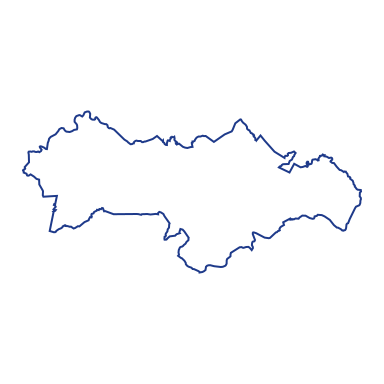 Jalpan, Puebla, Mexico (Albers equal-area conic projection)
{"feature_id": "50627088B95329536813839", "entity_name": "Jalpan", "entity_type": "district", "adm_level": 2, "iso_a3": "MEX", "parent_name": "Mexico", "parent_adm1": "Puebla", "projection": "albers", "projection_center": [-97.872, 20.452], "detail": "fine", "context": "isolated", "style": "outline", "palette": "blue", "viewbox_px": 384, "rotation_deg": 0, "n_neighbors": 0, "source": "geoboundaries", "source_scale": "gbopen_adm2", "svg_char_len": 5994}
<svg xmlns="http://www.w3.org/2000/svg" viewBox="0 0 384 384"><path d="M23.7,172.6L26.5,173.7L27.1,175.4L28.0,175.7L28.9,175.5L30.6,174.4L34.0,176.6L36.5,178.9L39.1,179.6L39.3,184.5L42.8,190.6L43.0,191.4L42.8,195.3L43.4,196.7L56.9,195.9L55.2,204.1L54.3,204.0L53.9,205.0L55.0,205.5L55.7,206.8L54.2,208.5L54.3,208.8L53.5,209.4L54.3,210.3L55.6,210.2L55.3,210.7L53.3,211.6L53.6,211.9L49.7,231.0L53.7,232.2L55.0,232.2L56.0,231.6L56.3,230.9L58.7,229.2L61.0,228.3L62.4,227.3L62.7,226.4L65.0,225.2L65.4,225.3L65.5,226.0L67.6,226.1L69.9,226.8L70.9,226.6L73.6,228.5L75.1,228.0L77.9,226.2L79.4,226.4L84.5,222.1L88.6,220.3L89.2,218.6L90.1,217.1L91.5,217.4L91.8,216.6L91.3,215.1L91.7,213.9L93.5,213.4L94.2,211.9L96.7,210.7L97.0,209.8L98.8,210.1L99.4,209.0L101.0,209.2L102.0,208.0L102.9,208.2L104.1,211.3L105.2,211.1L113.6,214.2L136.7,214.0L138.3,214.1L141.2,214.8L141.9,214.2L145.0,214.1L147.2,214.0L150.5,214.5L155.8,213.9L158.1,214.3L158.0,213.2L159.3,211.9L160.9,212.4L163.4,214.0L164.5,216.2L169.6,223.4L169.2,224.3L169.0,227.6L167.7,229.4L167.4,231.4L165.9,233.5L165.6,234.4L165.9,235.7L165.4,236.5L164.6,236.7L164.4,238.8L164.6,239.7L166.1,239.7L166.8,239.3L167.0,238.8L169.7,236.4L175.1,235.7L176.6,234.2L179.8,233.2L179.4,232.7L179.6,231.4L180.4,229.0L182.6,229.6L184.3,231.4L188.7,237.8L188.4,238.8L188.5,239.9L188.3,240.3L186.5,241.9L185.5,243.7L183.8,245.0L183.2,245.8L182.3,246.5L180.8,246.9L179.9,247.5L178.8,250.0L178.5,252.5L179.0,254.7L178.1,255.8L180.9,257.9L181.8,258.2L184.4,260.7L185.7,262.8L185.9,264.3L187.3,265.9L188.6,266.7L191.5,267.7L192.6,269.0L194.0,269.1L198.2,271.0L199.6,271.9L199.6,272.5L202.4,272.0L204.0,271.2L205.5,270.0L206.0,266.8L207.0,265.8L208.3,265.3L210.2,265.2L214.1,266.2L220.8,267.0L222.8,266.8L225.0,265.9L225.7,265.4L226.6,263.7L226.7,260.2L227.2,258.9L230.1,256.7L230.5,256.2L230.5,254.4L230.9,252.8L239.6,247.3L241.5,247.1L243.0,247.8L243.6,247.8L246.2,247.0L248.5,246.9L249.9,248.0L251.7,250.1L252.9,248.1L252.8,246.9L251.9,245.2L252.1,243.0L252.4,242.1L252.9,241.6L254.4,241.3L255.0,240.0L252.8,234.2L252.8,232.9L253.2,232.4L254.1,232.5L256.2,233.2L264.6,237.6L268.8,238.2L270.0,237.9L275.9,232.4L276.9,232.2L277.9,231.1L279.2,230.7L279.8,230.3L279.4,229.1L280.2,227.5L281.2,226.6L284.0,225.0L283.2,222.3L290.1,218.6L290.2,218.9L289.6,219.1L289.6,219.5L290.1,219.7L291.2,219.6L291.4,219.1L292.3,219.5L292.7,219.5L293.0,219.1L294.0,219.3L295.5,218.5L298.6,218.7L299.4,217.6L302.3,215.6L305.6,215.7L309.6,218.0L312.5,218.8L313.8,218.6L314.4,217.7L314.6,216.4L316.8,215.9L317.7,214.8L321.8,215.1L324.6,216.4L329.8,219.9L333.9,225.1L336.9,227.6L337.9,227.6L340.9,229.2L342.0,230.3L342.9,230.3L343.2,230.7L345.1,230.1L345.7,229.3L346.1,228.0L346.5,224.4L347.1,223.6L348.1,223.2L349.8,218.9L355.1,208.1L356.0,206.7L359.2,205.3L359.7,204.7L360.3,203.0L360.4,200.7L360.9,199.2L360.8,197.9L359.7,196.3L359.9,192.5L361.0,191.5L360.8,190.0L357.7,189.7L356.6,189.0L355.4,187.2L354.8,186.7L354.8,185.5L353.6,184.2L353.5,183.0L352.7,180.7L350.2,178.8L350.1,178.1L350.3,177.7L349.7,176.9L348.0,176.4L347.4,173.8L345.8,172.0L345.8,171.7L344.3,171.5L343.8,172.0L341.3,170.3L339.6,169.9L336.6,166.6L334.0,163.1L332.2,162.9L330.5,161.6L330.8,160.8L332.2,159.7L332.3,159.0L332.0,158.1L331.1,157.6L329.0,158.0L326.6,156.6L324.4,156.3L324.6,155.2L323.6,155.3L323.4,154.8L322.7,154.5L321.8,155.7L320.5,155.8L320.3,156.2L319.9,156.1L319.8,156.7L318.9,157.8L318.5,158.8L318.6,160.3L317.8,160.5L317.1,159.6L316.7,159.7L315.5,159.2L312.6,159.7L312.2,160.2L311.8,162.9L311.4,163.8L309.4,164.4L308.4,163.1L308.1,161.8L307.3,161.7L306.7,162.5L306.6,163.7L307.9,165.9L307.4,166.8L306.9,166.8L305.5,166.0L305.0,166.1L302.9,166.9L300.6,167.3L294.2,163.8L289.5,172.5L278.9,167.4L279.7,166.5L281.4,165.9L281.8,165.0L283.1,164.2L288.6,164.0L289.7,161.0L292.0,159.5L292.9,157.1L294.1,156.1L294.4,154.8L295.6,153.0L294.0,151.5L291.0,152.8L288.7,153.0L287.8,153.8L288.0,155.3L287.3,155.9L285.3,155.8L284.6,157.1L284.5,157.9L274.5,151.7L264.7,140.7L260.5,135.5L256.4,140.5L256.2,140.0L255.4,140.0L255.3,138.2L254.8,137.4L253.7,136.5L254.1,135.3L253.6,134.6L253.2,134.9L251.8,133.2L250.8,133.0L249.4,130.3L248.5,130.1L247.1,128.8L246.9,126.7L245.6,124.7L243.0,122.6L241.7,120.9L241.1,119.6L240.3,119.4L235.3,123.3L232.7,129.7L231.7,131.4L224.7,134.4L213.9,141.9L205.7,136.0L203.9,136.1L202.8,135.7L200.5,136.5L198.5,136.5L196.6,137.6L195.1,139.6L194.6,140.9L193.6,141.4L192.5,141.5L192.6,142.6L191.8,142.8L191.8,143.4L192.5,146.9L190.5,147.1L187.4,148.0L185.0,147.6L182.9,146.8L179.1,143.7L176.9,144.4L176.8,143.8L176.1,143.9L175.8,143.2L177.2,142.7L177.0,142.3L174.9,140.6L174.4,139.8L174.6,138.4L174.3,136.8L173.9,137.1L172.7,137.2L171.3,136.4L171.5,136.6L170.6,137.8L171.0,138.1L169.7,140.3L169.7,140.9L168.0,140.3L167.6,140.7L166.9,143.4L166.9,145.0L165.9,144.9L164.7,144.1L164.2,142.8L163.1,142.2L163.0,140.6L162.6,141.1L157.0,136.0L152.7,139.0L145.5,141.5L144.6,141.5L143.2,142.1L142.0,142.1L140.7,141.0L137.8,141.0L136.5,140.6L135.5,140.9L134.2,141.8L133.8,143.4L133.1,143.4L132.0,144.1L130.5,144.2L127.9,142.2L127.4,141.5L124.4,139.6L114.1,129.6L110.4,128.0L109.6,128.3L108.8,128.1L107.7,126.9L107.5,125.3L106.4,124.2L104.8,124.1L101.3,123.0L99.9,121.9L99.0,120.1L96.9,117.5L96.2,117.2L95.5,117.6L95.2,118.3L95.1,119.3L94.4,119.7L92.3,119.6L91.2,119.0L89.9,117.6L90.2,113.8L89.5,112.3L88.7,111.5L87.1,111.5L84.7,112.4L83.3,115.4L82.2,116.5L80.0,115.2L79.2,115.1L76.4,116.1L75.2,117.7L74.6,119.7L74.6,121.8L76.7,124.3L77.1,125.3L77.3,128.0L76.9,129.4L74.1,129.9L72.0,131.2L69.7,132.0L66.3,131.6L64.8,130.4L63.6,128.3L61.5,128.0L59.3,129.2L58.3,131.0L55.6,134.3L50.7,136.9L49.1,138.7L48.6,140.9L47.8,142.9L46.9,149.1L45.9,149.0L44.1,147.6L41.6,146.5L40.3,146.3L39.8,146.6L39.9,147.4L41.6,149.8L41.0,151.1L39.3,152.2L38.1,151.5L36.9,152.0L35.2,151.9L34.2,151.4L32.7,151.4L31.7,151.8L30.2,151.5L28.7,151.7L28.4,152.6L28.8,154.5L29.0,162.3L24.7,167.1L25.2,168.5L25.0,168.9L24.2,169.6L23.6,169.6L23.1,170.1L23.0,170.5L23.8,171.8L23.7,172.6Z" fill="none" stroke="#1e3a8a" stroke-width="2"/></svg>